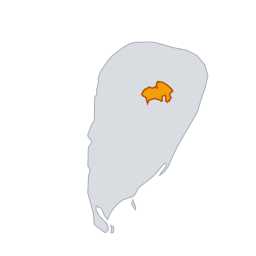 where Nuvara Ĕliya sits in Sri Lanka, rotated 215°
{"feature_id": "LKA-2450", "entity_name": "Nuvara Ĕliya", "entity_type": "District", "adm_level": 1, "iso_a3": "LKA", "parent_name": "Sri Lanka", "parent_adm1": "", "projection": "orthographic", "projection_center": [80.707, 7.013], "detail": "fine", "context": "in_parent", "style": "filled", "palette": "amber", "viewbox_px": 256, "rotation_deg": 215, "n_neighbors": 0, "source": "natural_earth", "source_scale": "10m", "svg_char_len": 2328}
<svg xmlns="http://www.w3.org/2000/svg" viewBox="0 0 256 256"><g transform="rotate(215 128 128)"><path d="M87.0,29.1L91.9,29.3L97.0,29.2L100.7,29.9L106.9,37.8L123.8,51.9L133.0,66.3L133.9,69.4L135.2,72.1L137.4,72.9L139.2,74.1L148.5,88.0L149.5,90.7L149.4,93.7L149.9,96.0L152.4,97.1L155.4,97.7L157.3,99.8L159.9,110.8L159.9,114.3L160.6,115.8L172.2,133.0L172.9,135.1L172.8,136.7L173.1,138.0L175.4,141.0L178.9,149.2L180.7,151.1L182.9,158.3L183.1,172.0L182.3,178.1L180.1,185.5L177.6,192.8L174.8,198.1L171.0,202.5L157.9,212.0L154.1,213.9L137.1,219.8L124.5,225.4L112.8,226.9L101.2,223.8L92.4,216.5L88.0,205.7L84.9,194.4L80.5,181.8L77.1,143.1L75.5,132.3L72.9,118.5L73.2,112.5L75.1,106.8L75.0,119.3L76.8,120.9L78.0,119.3L79.2,106.3L80.2,100.8L84.8,86.4L84.9,83.9L84.2,78.5L84.2,75.8L91.1,65.8L92.9,59.9L93.8,53.9L93.5,47.5L92.2,41.1L97.8,43.1L100.8,45.3L103.9,46.9L106.5,46.1L109.5,46.1L107.3,42.6L100.9,39.4L90.2,37.4L86.9,34.9L85.6,32.7L86.2,30.1L87.0,29.1ZM81.5,68.1L83.0,71.9L78.8,69.3L76.0,67.1L75.1,65.3L80.7,67.3L81.5,68.1ZM86.4,38.4L83.2,38.9L80.7,35.5L80.1,34.1L80.8,33.1L81.5,32.5L82.3,32.7L83.4,35.9L86.4,38.4Z" fill="#d9dde1" stroke="#a8b0b8" stroke-width="1"/><path d="M120.3,185.7L117.5,185.3L114.9,184.8L113.6,184.7L112.6,183.9L112.8,183.3L113.2,183.0L112.8,182.6L112.9,181.7L113.4,181.2L113.4,180.5L113.0,179.2L111.8,178.3L110.3,177.8L109.9,176.4L110.2,174.5L109.9,174.1L109.6,173.7L109.9,173.4L110.3,173.2L111.0,172.6L111.5,171.9L111.3,171.8L111.2,171.7L112.7,171.8L114.9,175.2L116.4,176.1L117.5,174.9L118.1,173.2L117.5,172.4L116.8,171.7L115.9,170.0L115.5,169.8L115.1,170.0L116.2,169.0L118.1,169.3L119.1,169.0L120.6,168.0L121.6,168.0L122.4,168.2L125.7,164.3L126.7,162.6L126.3,160.7L126.1,159.2L127.0,160.0L127.7,161.0L128.2,161.1L128.7,161.2L129.9,163.0L131.7,163.2L133.9,162.9L136.0,163.3L136.0,164.2L136.4,165.5L136.2,166.0L136.3,166.4L136.6,166.7L136.8,166.9L136.4,167.4L136.2,167.8L136.4,168.7L136.5,169.1L136.4,169.5L136.0,169.9L135.6,170.3L135.1,171.2L134.9,172.2L133.8,173.9L131.9,174.3L130.9,174.7L130.1,175.5L129.9,176.5L129.2,177.3L128.3,177.2L127.3,177.3L127.4,178.1L129.0,178.9L129.4,179.6L129.6,180.4L129.9,180.7L130.1,181.0L129.4,182.3L129.8,182.6L130.3,182.8L129.8,183.5L128.8,183.8L125.9,185.3L124.3,185.5L122.7,185.5L121.4,185.6L120.3,185.7Z" fill="#f59e0b" stroke="#b45309" stroke-width="1.5"/></g></svg>